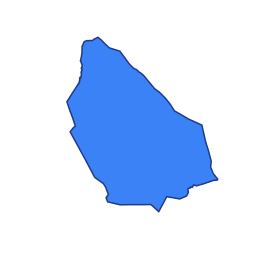 outline of "Midtre Gauldal" nor, Sør-Trøndelag, Norway, rotated 53°
{"feature_id": "86288312B16498959259468", "entity_name": "\"Midtre Gauldal\" nor", "entity_type": "district", "adm_level": 2, "iso_a3": "NOR", "parent_name": "Norway", "parent_adm1": "Sør-Trøndelag", "projection": "natural_earth1", "projection_center": [10.569, 62.895], "detail": "fine", "context": "isolated", "style": "filled", "palette": "blue", "viewbox_px": 256, "rotation_deg": 53, "n_neighbors": 0, "source": "geoboundaries", "source_scale": "gbopen_adm2", "svg_char_len": 3551}
<svg xmlns="http://www.w3.org/2000/svg" viewBox="0 0 256 256"><g transform="rotate(53 128 128)"><path d="M174.7,188.7L184.6,180.5L191.4,171.2L192.8,169.4L194.6,167.0L197.4,163.3L203.0,155.7L213.3,153.8L206.2,138.4L211.4,133.4L215.7,129.5L217.6,122.2L215.8,118.5L213.1,117.1L212.9,117.0L212.7,116.9L212.7,116.6L212.7,115.6L212.8,115.3L212.9,115.2L213.0,115.1L213.0,114.9L213.1,114.7L213.3,114.7L213.3,114.4L213.2,114.3L213.1,114.2L212.8,114.0L212.8,113.9L212.9,113.6L212.9,113.4L213.0,113.4L213.1,113.2L213.2,112.9L213.3,112.8L213.4,112.7L213.5,112.7L213.9,112.6L214.0,112.6L214.0,112.4L214.0,112.2L213.9,111.6L213.7,111.5L213.6,111.4L213.6,111.2L213.3,110.8L213.3,110.7L213.3,110.4L213.2,110.2L213.1,109.9L213.1,109.7L213.2,109.4L213.3,109.3L213.5,109.3L213.5,109.2L214.2,108.8L214.8,108.5L215.1,108.4L215.4,108.1L215.5,108.0L215.5,107.9L215.7,107.5L216.1,106.1L217.5,102.7L218.0,101.3L220.2,94.7L221.5,90.5L221.8,90.4L222.0,90.3L222.0,90.2L222.2,89.9L222.3,89.8L222.3,89.7L222.4,89.4L222.5,89.3L222.6,89.2L222.6,88.9L222.7,88.7L222.9,88.5L223.0,88.5L223.0,88.4L223.0,88.2L223.3,87.9L223.3,87.7L223.2,87.5L223.2,87.4L223.1,87.2L223.3,87.1L215.9,87.4L209.0,85.6L206.9,83.6L204.8,81.6L194.5,77.4L190.6,76.0L188.5,75.3L184.6,73.8L181.1,72.2L178.7,71.1L176.4,70.1L174.6,69.3L172.9,68.5L171.4,67.8L171.1,67.6L170.1,67.3L157.4,74.2L142.2,80.6L134.0,80.0L126.7,80.2L118.1,81.4L117.0,81.8L112.2,83.2L111.9,83.2L110.7,83.2L104.2,83.5L95.2,83.9L93.6,84.4L92.8,84.5L92.6,84.6L92.2,84.7L91.7,84.8L91.3,84.9L90.4,85.2L89.0,86.0L88.5,85.7L88.3,85.6L87.8,85.6L85.7,86.5L85.0,86.9L83.8,87.4L83.2,87.7L82.3,87.9L80.7,88.0L80.4,88.1L77.6,88.4L76.4,88.4L76.1,88.4L75.7,88.4L73.9,88.4L70.0,88.3L64.7,88.3L61.8,88.2L61.4,88.5L58.5,90.6L56.4,92.1L53.8,93.9L52.7,94.7L47.1,95.7L41.4,96.4L37.7,97.4L37.4,97.5L37.2,98.8L37.1,99.1L37.1,99.5L36.9,100.4L36.9,100.5L36.8,100.8L36.8,101.0L36.7,101.3L36.7,101.5L36.6,101.8L36.6,102.0L36.6,102.3L36.8,103.9L36.1,104.5L34.7,106.6L33.4,108.4L32.7,110.8L32.9,111.5L33.6,112.5L34.7,114.6L35.2,115.5L36.5,116.6L39.6,119.0L41.0,120.3L41.3,120.6L41.8,121.1L43.1,122.4L44.3,123.9L45.3,124.9L45.6,125.5L45.8,125.6L46.1,125.7L47.5,125.8L47.6,126.0L48.4,126.3L49.1,126.4L49.5,126.6L50.3,126.8L50.5,127.0L51.3,127.5L51.4,127.8L51.4,128.0L51.5,128.0L51.6,128.4L51.8,128.5L52.0,128.8L52.0,129.0L52.2,129.3L52.3,129.2L52.4,129.3L52.5,129.3L52.8,129.4L53.0,129.3L53.3,129.3L53.5,129.5L53.9,129.8L54.2,129.8L54.3,129.9L54.3,130.0L54.0,130.1L54.2,130.3L54.3,130.4L54.3,130.6L54.4,130.8L54.5,130.9L54.7,131.1L54.9,131.3L55.1,131.4L55.1,131.5L55.2,131.8L55.3,131.9L55.4,132.1L55.7,132.2L55.8,132.2L56.0,132.2L56.3,132.2L56.4,132.3L56.8,132.6L57.3,133.3L57.6,133.6L58.0,133.9L58.1,134.0L58.3,134.0L58.5,134.3L58.6,134.5L58.9,134.8L59.1,134.9L59.0,135.0L59.3,135.3L59.2,135.4L59.0,135.6L58.9,135.8L59.0,135.8L58.9,135.9L59.1,136.0L59.2,136.3L59.3,136.4L59.3,136.5L59.5,136.6L59.8,136.8L60.0,136.9L60.2,137.2L60.1,137.3L60.4,137.4L60.6,137.5L60.7,137.8L61.0,137.9L61.0,138.0L61.3,138.3L61.2,138.5L61.3,138.7L61.4,138.8L61.5,139.0L61.9,139.1L62.1,139.3L62.3,139.6L62.7,139.9L62.8,139.9L62.7,140.2L62.6,140.3L62.7,140.5L62.7,141.0L62.8,141.2L63.0,141.5L63.2,141.9L63.2,142.0L63.4,142.2L63.4,142.4L63.4,142.5L63.6,143.1L63.7,143.3L64.3,144.9L66.2,150.2L66.4,150.8L70.3,161.0L78.0,163.6L86.2,166.0L94.8,168.9L94.8,169.3L94.8,170.0L95.0,171.6L95.0,171.9L96.2,176.5L103.7,177.6L118.7,179.8L127.0,181.0L146.8,184.2L147.1,184.2L147.7,184.2L157.6,181.1L162.0,181.5L169.3,183.7L170.5,187.5L174.7,188.7Z" fill="#3b82f6" stroke="#1e3a8a" stroke-width="1.5"/></g></svg>